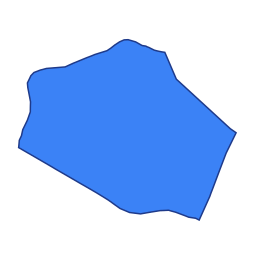 Docamel/La Resource, Vieux Fort, Saint Lucia (Robinson projection), rotated 93°
{"feature_id": "8701671B98536206371918", "entity_name": "Docamel/La Resource", "entity_type": "district", "adm_level": 2, "iso_a3": "LCA", "parent_name": "Saint Lucia", "parent_adm1": "Vieux Fort", "projection": "robinson", "projection_center": [-60.956, 13.742], "detail": "fine", "context": "isolated", "style": "filled", "palette": "blue", "viewbox_px": 256, "rotation_deg": 93, "n_neighbors": 0, "source": "geoboundaries", "source_scale": "gbopen_adm2", "svg_char_len": 1005}
<svg xmlns="http://www.w3.org/2000/svg" viewBox="0 0 256 256"><g transform="rotate(93 128 128)"><path d="M56.4,165.1L57.8,168.0L60.1,173.2L66.2,186.1L70.3,194.0L72.8,212.6L74.0,216.2L74.7,218.5L77.5,224.8L80.8,227.7L84.5,229.2L88.3,230.8L92.7,230.2L100.8,228.2L107.0,226.7L111.5,226.6L117.0,226.4L118.1,226.7L125.5,228.9L135.2,233.0L141.3,234.0L145.9,235.9L152.2,236.1L153.3,236.2L156.5,229.9L171.2,201.2L172.4,199.0L186.0,172.4L187.8,168.8L194.1,156.5L196.1,152.8L201.1,143.7L205.5,136.9L208.8,131.7L212.3,122.0L213.1,111.0L210.6,100.0L210.4,99.0L208.8,91.5L208.6,89.1L208.0,83.1L208.6,80.7L209.6,76.0L212.7,66.2L213.9,62.7L214.6,55.7L215.8,53.0L216.2,52.1L192.2,42.8L188.5,41.7L185.2,40.6L165.7,34.4L148.0,28.7L127.1,19.8L123.3,25.9L76.7,82.3L50.5,95.2L50.2,98.3L49.6,102.3L48.9,105.8L47.3,109.5L46.5,111.3L45.8,113.5L45.3,114.4L44.9,118.2L41.6,124.9L39.8,132.5L40.2,136.5L42.4,140.9L45.7,145.4L49.2,149.4L51.9,153.0L53.3,156.8L56.4,165.1Z" fill="#3b82f6" stroke="#1e3a8a" stroke-width="1.5"/></g></svg>